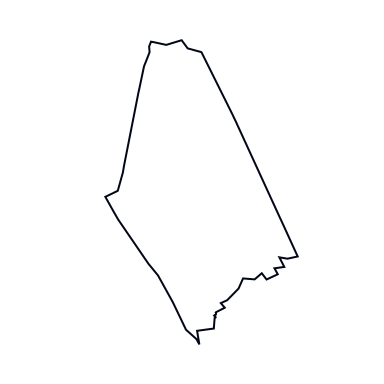 the district of Nash, North Carolina, United States of America, rotated 127°
{"feature_id": "52423323B12414310346130", "entity_name": "Nash", "entity_type": "district", "adm_level": 2, "iso_a3": "USA", "parent_name": "United States of America", "parent_adm1": "North Carolina", "projection": "albers", "projection_center": [-77.97, 35.965], "detail": "fine", "context": "isolated", "style": "outline", "palette": "ink", "viewbox_px": 384, "rotation_deg": 127, "n_neighbors": 0, "source": "geoboundaries", "source_scale": "gbopen_adm2", "svg_char_len": 952}
<svg xmlns="http://www.w3.org/2000/svg" viewBox="0 0 384 384"><g transform="rotate(127 192 192)"><path d="M74.8,268.3L74.7,268.7L74.7,268.8L79.9,281.9L77.0,291.6L90.0,301.1L95.8,313.7L95.9,313.9L96.1,314.0L96.3,314.4L96.4,314.8L96.6,315.2L101.6,313.8L105.9,310.0L117.7,306.7L117.9,306.7L120.6,305.9L143.0,295.4L143.6,295.2L211.5,262.3L218.1,258.9L235.7,252.0L248.0,258.3L254.8,242.9L258.5,234.2L275.5,183.7L279.1,168.9L291.6,140.9L305.6,113.9L306.8,99.9L309.3,94.4L299.8,104.4L287.9,92.4L279.0,98.1L278.2,97.6L277.9,97.7L277.5,98.2L277.4,98.7L277.4,99.9L276.7,99.9L275.7,99.2L275.4,99.2L275.1,99.3L274.7,99.6L274.5,99.8L274.3,100.0L274.0,100.5L273.6,100.5L264.7,96.2L263.4,102.1L257.3,98.8L241.1,96.7L230.3,99.2L224.1,89.4L214.9,87.4L217.0,79.8L206.1,74.0L203.3,80.2L196.3,73.2L191.6,82.9L187.8,75.6L179.9,68.8L160.7,104.2L160.6,104.5L110.5,197.3L110.4,197.4L105.2,207.4L75.0,267.9L74.8,268.3Z" fill="none" stroke="#020617" stroke-width="2"/></g></svg>